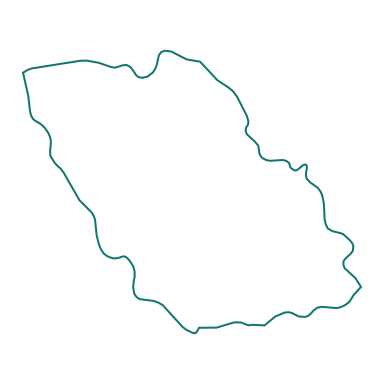 the County of Prahova
{"feature_id": "ROU-310", "entity_name": "Prahova", "entity_type": "County", "adm_level": 1, "iso_a3": "ROU", "parent_name": "Romania", "parent_adm1": "", "projection": "natural_earth1", "projection_center": [26.063, 45.125], "detail": "fine", "context": "isolated", "style": "outline", "palette": "teal", "viewbox_px": 384, "rotation_deg": 0, "n_neighbors": 0, "source": "natural_earth", "source_scale": "10m", "svg_char_len": 1950}
<svg xmlns="http://www.w3.org/2000/svg" viewBox="0 0 384 384"><path d="M248.4,325.3L240.8,322.4L234.1,322.4L216.7,327.6L199.0,327.8L196.8,331.8L195.2,333.3L191.8,332.5L186.0,329.6L182.5,326.9L162.6,305.0L157.8,302.4L153.3,300.9L139.6,299.1L136.5,297.0L134.2,293.5L133.2,286.9L133.7,281.6L134.7,276.5L134.6,271.2L133.2,266.2L129.3,260.2L126.4,257.3L124.1,256.3L121.8,256.7L119.4,257.7L116.2,258.3L113.0,258.3L109.5,257.2L106.6,255.8L103.7,253.5L101.1,249.5L99.0,244.7L96.7,235.7L95.1,220.1L93.9,216.2L91.5,212.3L79.5,200.3L63.8,172.9L60.5,168.5L57.4,165.8L54.8,162.9L50.4,156.0L50.1,151.0L50.8,143.9L50.9,140.9L50.1,137.3L48.3,133.0L45.0,128.1L41.9,125.1L39.1,123.0L36.1,121.3L33.4,119.4L31.4,116.2L30.1,111.8L28.2,95.4L23.0,72.7L27.7,69.9L31.4,68.5L80.0,60.8L86.6,60.6L98.8,62.8L111.0,67.0L115.1,67.7L123.1,65.2L126.7,65.0L130.3,67.0L132.3,69.4L136.1,75.1L138.6,77.2L142.5,77.8L147.5,76.6L153.1,72.3L155.7,67.9L157.2,63.2L157.9,59.2L159.0,55.1L161.3,52.0L165.1,50.7L171.4,51.6L186.6,59.4L200.1,61.7L217.4,80.2L229.1,88.0L233.1,91.4L237.0,96.6L246.8,115.8L248.4,121.4L247.9,124.9L246.2,127.4L245.6,130.4L246.9,134.3L255.1,141.8L258.2,145.6L259.0,149.7L259.3,152.8L260.2,155.4L262.3,158.0L266.4,160.1L270.3,160.8L283.0,160.0L286.3,160.9L289.1,163.0L290.5,167.6L293.6,170.0L295.9,170.6L298.1,169.3L302.9,165.3L305.2,164.5L306.6,165.2L307.0,167.9L306.3,170.8L305.9,174.4L306.6,178.7L310.7,182.8L317.5,187.6L320.2,191.0L322.0,194.7L323.3,200.4L324.0,205.5L324.6,219.3L325.9,224.7L327.9,228.6L332.6,231.2L340.7,233.2L343.2,234.2L349.6,240.0L351.9,242.7L353.4,245.9L352.8,250.8L350.6,253.8L345.4,258.6L343.5,261.3L343.4,264.6L344.6,268.2L355.5,278.2L361.0,286.9L353.5,295.2L349.9,301.1L348.0,303.0L344.9,305.2L341.1,307.0L336.9,308.1L321.3,306.8L317.4,307.7L313.5,310.5L311.2,313.2L308.6,315.6L305.3,316.9L298.9,316.5L292.1,313.1L288.9,312.2L284.8,312.5L275.0,316.7L264.6,325.4L252.5,324.8L248.4,325.3Z" fill="none" stroke="#0f766e" stroke-width="2"/></svg>